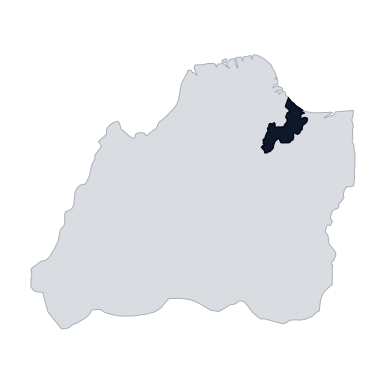 Ondo on a map of Nigeria (orthographic projection), rotated 178°
{"feature_id": "NGA-2853", "entity_name": "Ondo", "entity_type": "State", "adm_level": 1, "iso_a3": "NGA", "parent_name": "Nigeria", "parent_adm1": "", "projection": "orthographic", "projection_center": [5.19, 6.813], "detail": "fine", "context": "in_parent", "style": "filled", "palette": "ink", "viewbox_px": 384, "rotation_deg": 178, "n_neighbors": 0, "source": "natural_earth", "source_scale": "10m", "svg_char_len": 5650}
<svg xmlns="http://www.w3.org/2000/svg" viewBox="0 0 384 384"><g transform="rotate(178 192 192)"><path d="M327.1,59.8L340.1,77.1L343.2,90.1L344.4,96.5L346.5,97.2L350.4,97.5L353.2,98.7L355.0,100.8L356.1,102.8L356.4,104.0L355.8,111.8L354.9,114.7L355.6,118.5L355.5,120.2L355.1,121.3L353.4,122.6L351.1,123.9L345.6,127.8L344.0,128.4L341.6,128.5L339.6,129.5L337.2,131.5L332.1,139.1L327.8,146.7L324.8,159.0L321.0,162.9L320.3,166.3L319.9,173.9L319.3,176.2L318.7,176.9L314.4,178.4L312.0,180.2L310.6,183.7L308.9,195.4L308.3,197.4L306.9,199.4L304.8,201.7L302.9,202.9L298.0,203.8L293.4,212.7L293.4,214.2L291.4,222.3L287.9,228.4L287.7,232.3L283.3,237.7L281.0,241.3L283.4,245.1L283.6,245.7L275.9,252.2L275.4,253.2L275.2,257.6L274.6,258.8L273.2,260.4L271.1,262.3L268.9,263.7L266.5,264.7L264.2,265.1L262.9,264.5L262.1,263.2L260.7,257.8L260.1,256.6L258.5,255.6L252.4,249.7L248.8,247.6L248.0,247.8L247.4,248.4L246.4,251.4L245.4,252.5L243.4,252.9L240.1,253.0L237.6,252.6L237.1,252.0L235.9,249.6L228.4,255.2L225.8,256.4L222.5,262.9L217.8,266.1L214.6,268.9L205.9,277.7L204.1,280.3L202.4,284.2L198.8,300.7L192.8,311.0L192.0,313.2L191.6,313.1L190.8,314.0L188.5,313.4L187.4,311.5L186.0,311.2L183.5,308.5L182.9,308.9L185.6,316.0L184.6,318.8L177.2,318.9L170.8,319.9L166.4,319.8L164.2,318.8L163.2,316.1L162.9,316.4L162.6,317.8L161.3,319.0L156.3,319.2L154.2,317.4L152.4,315.4L150.5,314.5L150.8,315.3L153.0,317.3L152.7,320.2L148.7,323.5L146.2,323.7L144.6,322.3L143.8,319.9L143.4,316.5L142.4,314.3L141.8,314.3L142.5,318.0L142.5,321.5L144.4,324.2L141.5,325.0L138.1,325.1L137.6,324.1L137.2,321.9L136.6,321.3L135.9,325.1L128.7,326.2L127.7,326.0L127.5,325.3L128.0,324.3L127.9,322.6L126.3,323.9L126.1,326.5L125.1,326.9L122.4,326.5L119.5,325.2L114.6,321.9L108.7,316.5L107.7,314.1L106.0,311.1L102.9,303.0L103.5,302.6L104.9,303.0L105.5,302.3L103.1,301.7L102.6,301.1L102.4,299.3L102.5,297.1L106.2,295.9L107.1,294.6L107.6,293.2L103.0,295.3L98.7,293.0L97.8,291.6L98.2,290.5L103.2,290.4L105.0,289.4L103.9,289.0L102.0,289.0L101.3,288.3L101.4,286.7L100.8,287.0L99.9,288.5L97.0,289.6L95.3,288.5L95.2,286.1L94.8,285.0L93.4,284.1L88.3,277.7L81.9,272.3L76.3,268.6L67.7,266.8L49.8,266.8L48.8,266.3L49.9,265.5L51.5,264.9L57.3,261.9L56.3,261.5L50.3,263.4L48.3,263.5L45.6,267.1L28.0,267.8L28.0,266.2L28.8,261.5L29.9,258.2L28.8,254.2L28.5,250.6L29.2,249.5L29.5,248.2L29.4,238.9L30.3,237.6L30.3,236.6L28.5,232.7L28.6,229.7L28.2,226.8L27.6,225.4L28.4,214.2L28.2,211.4L28.8,209.4L29.1,204.6L29.1,199.9L30.3,192.4L37.8,191.4L39.7,188.5L40.8,184.8L40.4,181.1L42.9,177.9L45.8,175.0L45.7,171.9L46.6,170.9L48.0,170.2L50.0,169.8L52.2,168.3L53.5,165.6L54.7,161.2L52.8,158.1L52.8,157.5L53.6,155.8L54.7,154.2L55.7,153.7L57.8,154.1L58.6,153.4L60.0,148.6L59.9,147.3L57.8,144.1L56.8,135.3L56.2,134.2L54.6,132.6L50.5,126.4L50.6,123.5L52.4,119.8L53.5,118.0L55.1,117.0L55.4,116.2L55.0,115.1L54.2,114.3L54.0,112.6L54.8,110.3L54.6,107.8L55.1,94.6L58.5,92.0L63.4,87.8L65.9,83.3L67.3,79.9L69.0,68.7L71.6,67.5L76.5,63.4L83.1,61.0L87.5,60.2L95.1,60.7L98.9,60.3L102.2,58.1L103.7,57.5L105.8,57.1L124.7,62.9L126.5,62.6L127.9,63.0L130.3,64.6L135.9,70.0L141.8,78.4L143.6,80.2L145.5,81.2L147.3,81.5L148.8,81.4L150.1,80.6L151.9,79.0L154.7,78.2L157.0,78.4L168.7,71.9L169.9,71.8L177.2,73.1L187.1,79.5L195.3,83.7L200.9,85.1L207.6,86.1L219.0,86.3L227.4,77.1L230.6,75.1L234.3,73.2L242.2,71.5L255.4,70.2L267.8,70.5L275.5,72.0L283.6,74.8L287.2,77.6L292.7,78.0L296.6,77.4L297.8,74.6L301.6,70.8L307.4,67.3L312.1,64.8L316.0,63.7L319.5,60.9L322.2,60.0L327.1,59.8ZM156.8,322.9L154.1,323.7L152.3,323.5L154.7,319.8L156.0,320.6L157.6,320.9L156.8,322.9Z" fill="#d9dde1" stroke="#a8b0b8" stroke-width="1"/><path d="M92.3,282.5L89.0,278.2L88.4,277.7L87.3,277.2L86.8,276.6L86.1,275.5L85.1,274.5L84.3,273.8L82.2,272.5L81.2,271.9L79.5,270.3L78.4,269.6L78.0,269.4L79.7,269.5L80.2,269.0L80.1,268.2L78.6,267.5L77.7,267.5L77.2,267.0L77.7,266.8L78.6,266.7L80.0,265.6L80.5,265.5L80.8,265.1L80.9,264.7L80.6,263.4L80.6,261.4L80.1,260.7L79.4,261.0L78.9,261.7L77.7,262.4L76.3,262.4L75.8,262.3L74.9,262.0L74.6,261.7L74.1,261.0L74.2,260.2L74.8,258.3L76.2,256.8L78.8,255.0L79.3,254.3L79.9,250.6L81.0,250.0L81.5,249.4L81.7,248.7L82.4,247.4L83.6,246.4L84.7,246.1L85.8,246.6L87.2,247.5L87.5,247.6L88.3,247.7L88.6,247.5L88.6,246.9L88.6,246.2L88.6,245.5L88.6,243.4L88.9,242.0L89.4,240.7L90.6,240.1L91.9,239.7L92.0,238.6L93.9,237.9L95.0,237.9L98.0,238.1L100.0,238.0L101.4,238.4L102.1,239.8L102.7,241.7L104.3,242.4L107.2,239.9L108.8,236.3L109.3,233.6L109.6,232.8L110.8,231.5L111.6,231.1L111.9,230.6L112.2,230.1L112.9,229.7L113.7,230.0L114.4,229.7L114.9,228.9L117.1,228.5L118.0,228.9L117.8,230.0L119.2,232.2L120.9,234.1L120.4,234.9L119.8,235.7L119.4,235.9L118.7,236.0L118.3,236.4L118.1,237.3L118.9,237.9L119.0,238.4L118.7,239.0L118.8,239.9L119.0,240.3L119.1,240.9L118.8,241.8L118.5,242.2L118.0,242.5L117.3,243.1L116.7,243.8L116.7,244.2L116.8,244.5L115.5,247.4L115.3,248.1L114.9,248.6L114.2,249.4L113.8,250.4L113.8,251.4L114.2,252.2L114.3,252.6L114.2,252.8L113.9,253.1L113.9,253.5L113.3,253.7L113.0,254.4L112.7,256.2L112.6,256.5L112.2,257.2L111.9,257.4L111.4,257.6L110.5,257.4L110.1,257.1L109.3,257.0L108.0,258.1L107.3,258.2L106.6,256.4L106.9,255.6L107.4,254.9L106.1,253.8L98.2,253.8L97.8,254.1L97.4,254.4L97.4,255.1L97.0,255.8L96.6,256.5L95.6,257.5L94.8,258.6L94.4,259.1L94.3,260.1L94.2,260.5L94.2,261.3L94.4,261.6L94.6,261.7L95.1,262.5L95.6,263.9L94.9,265.4L94.5,266.1L94.3,267.0L93.9,267.7L93.2,268.0L92.5,268.2L92.2,268.8L92.0,269.7L91.8,270.0L91.7,270.2L91.6,270.4L91.8,270.7L92.3,271.0L93.0,271.6L93.6,272.3L93.7,272.7L93.9,272.8L94.3,272.8L94.6,272.9L94.9,273.2L95.4,274.0L95.4,274.9L92.3,282.5L92.3,282.5Z" fill="#0f172a" stroke="#020617" stroke-width="1.5"/></g></svg>